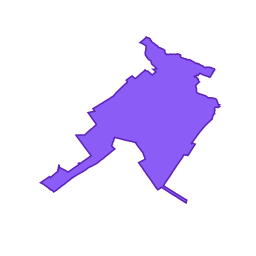 outline of Gheraesti, Neamt, Romania, rotated 168°
{"feature_id": "2599482B79916457112257", "entity_name": "Gheraesti", "entity_type": "district", "adm_level": 2, "iso_a3": "ROU", "parent_name": "Romania", "parent_adm1": "Neamt", "projection": "equal_earth", "projection_center": [26.813, 47.034], "detail": "fine", "context": "isolated", "style": "filled", "palette": "violet", "viewbox_px": 256, "rotation_deg": 168, "n_neighbors": 0, "source": "geoboundaries", "source_scale": "gbopen_adm2", "svg_char_len": 5639}
<svg xmlns="http://www.w3.org/2000/svg" viewBox="0 0 256 256"><g transform="rotate(168 128 128)"><path d="M158.3,154.2L157.1,151.7L157.0,151.3L163.9,151.4L161.8,146.5L161.4,145.4L158.7,139.4L158.6,139.1L158.6,138.9L158.5,138.4L158.3,137.8L163.7,134.8L164.3,134.6L164.8,134.4L170.8,130.8L171.7,130.1L180.3,131.9L180.3,131.4L169.8,108.5L179.7,104.3L182.3,103.2L183.1,104.0L183.9,103.6L183.2,102.7L187.5,100.8L190.3,99.7L192.7,98.6L195.8,97.4L195.9,97.5L196.3,97.7L197.2,98.7L197.7,99.0L197.9,99.4L198.1,99.6L201.7,102.4L203.1,103.7L203.3,104.1L203.3,104.7L203.0,105.3L203.0,105.5L203.4,105.9L203.8,104.8L204.1,104.2L204.3,104.0L204.9,103.7L203.7,104.2L204.7,101.7L205.1,101.4L205.3,101.6L205.3,101.4L205.4,100.7L205.7,100.2L214.4,95.6L214.8,96.8L225.0,92.7L222.3,90.4L217.2,84.8L217.4,84.5L215.7,83.0L215.0,82.9L214.6,82.0L214.0,80.9L210.4,82.2L210.0,82.5L206.7,84.1L205.1,84.9L201.3,86.6L198.7,88.0L195.4,89.5L194.1,90.3L192.7,90.8L192.8,90.9L189.8,91.9L187.2,92.9L180.3,95.0L178.9,95.6L177.6,96.0L176.3,96.8L174.3,97.6L171.6,98.2L166.3,99.7L164.5,100.5L162.5,101.6L162.2,101.7L161.0,102.3L159.1,103.1L155.8,104.9L154.0,105.8L153.6,106.0L151.2,107.2L149.8,107.9L149.3,108.2L149.2,108.3L148.6,108.7L148.1,108.8L145.2,110.2L146.2,111.7L147.7,113.7L146.3,116.3L144.0,119.9L143.5,121.0L143.2,121.2L143.0,121.5L141.3,120.7L136.2,118.3L134.7,117.4L126.1,113.5L125.3,113.0L124.3,112.6L123.8,112.4L123.1,112.0L123.5,111.4L123.3,111.0L121.7,107.3L120.0,103.7L119.6,102.7L118.4,100.7L118.4,98.9L118.1,97.5L117.8,95.7L117.7,94.6L117.6,94.0L117.7,93.9L117.8,93.8L122.7,92.5L124.8,91.9L123.0,87.7L122.9,87.6L122.7,87.3L121.9,85.0L121.4,83.8L121.2,83.2L121.0,82.8L120.5,81.9L119.3,78.8L119.0,78.2L118.8,77.6L118.6,77.3L116.2,71.8L114.4,67.3L113.6,65.2L113.4,64.8L112.5,62.8L111.7,61.4L109.5,62.1L107.3,63.1L106.7,62.1L105.3,60.7L104.6,60.1L102.0,57.5L100.9,56.4L99.8,55.3L99.1,54.6L98.5,54.0L94.6,50.4L92.9,48.5L92.4,48.2L91.4,47.1L90.0,45.7L89.4,45.3L88.7,44.4L88.2,43.9L87.1,43.0L86.7,42.7L85.9,44.6L85.5,45.3L89.3,48.7L91.4,50.8L95.1,54.2L95.8,55.0L100.5,59.5L105.3,64.2L103.4,66.3L96.4,72.8L94.3,75.1L92.4,77.0L89.7,79.5L87.8,81.5L86.9,82.2L84.9,84.2L82.1,86.7L80.6,88.2L79.7,89.4L78.9,90.2L77.1,89.4L76.9,89.5L75.3,88.7L74.9,89.5L74.4,89.2L71.6,92.2L65.6,98.2L66.7,98.8L67.1,99.1L67.9,100.0L68.2,100.1L68.7,99.6L69.7,99.1L67.8,100.9L65.8,102.7L62.0,106.2L57.0,110.5L52.6,113.8L51.5,114.6L49.3,115.9L48.9,116.2L46.3,117.8L45.0,118.5L44.9,118.6L44.7,118.8L44.0,119.0L43.8,119.9L43.3,120.5L42.8,121.4L42.5,122.3L41.2,123.5L40.8,123.8L40.2,124.0L40.3,124.7L40.2,125.7L40.0,126.3L39.6,126.6L39.5,126.9L39.3,127.0L39.2,127.2L39.4,127.5L39.3,127.8L39.3,128.1L39.3,129.2L39.3,129.4L39.2,129.5L38.1,130.0L37.6,130.0L37.1,129.9L36.5,129.5L35.9,129.4L35.5,129.5L35.3,129.5L35.2,129.4L34.9,129.6L34.3,129.8L33.7,129.9L34.2,130.7L34.5,131.8L34.0,131.9L34.8,132.3L34.9,132.7L35.1,133.5L35.0,134.3L35.2,135.4L35.5,137.6L36.0,138.1L37.4,139.0L39.3,139.9L41.4,140.5L42.4,140.7L43.1,140.9L43.6,141.3L45.2,143.1L45.8,143.6L49.2,145.6L51.0,146.5L52.0,147.3L52.9,148.0L53.3,148.8L53.3,149.9L52.8,152.5L53.1,155.4L50.3,157.3L48.6,158.2L49.1,158.7L49.1,159.5L49.1,160.4L49.1,161.3L49.4,161.4L49.6,161.6L49.9,162.5L50.5,163.4L50.7,163.5L50.8,163.7L51.2,163.8L51.8,163.9L52.0,164.0L52.5,164.1L52.5,164.3L52.2,164.9L51.8,164.8L51.2,164.7L50.7,164.9L49.8,165.2L49.3,165.2L48.9,165.3L48.6,164.8L47.3,165.9L47.0,165.9L46.6,166.5L46.1,166.5L44.5,165.1L42.5,163.9L42.4,163.7L41.7,163.2L40.6,162.7L39.2,161.8L38.9,161.8L38.6,161.6L38.5,161.3L38.1,161.0L37.2,160.6L36.9,161.0L36.2,161.5L35.6,162.4L34.6,163.3L34.2,163.9L33.6,164.1L33.6,164.7L32.9,165.4L31.3,166.5L31.0,166.8L31.3,167.9L32.1,168.4L33.0,168.8L33.8,169.7L35.0,170.1L35.8,170.5L37.2,170.9L38.8,171.0L39.0,171.1L39.1,171.3L39.7,171.1L40.1,171.1L40.4,171.1L40.7,171.3L41.3,172.5L41.7,172.9L42.1,173.3L43.8,174.4L44.3,174.8L45.0,175.7L45.5,175.9L46.1,176.1L46.3,176.3L46.6,176.8L47.6,177.0L48.4,177.3L48.8,177.7L49.5,178.4L50.1,179.2L50.4,179.3L50.8,179.7L51.5,180.1L53.2,181.8L53.5,182.0L54.1,182.2L54.5,182.3L55.3,182.2L55.4,182.3L56.2,182.7L56.4,183.0L56.5,183.2L56.6,183.4L57.0,183.4L57.6,183.8L58.4,184.2L59.8,185.1L61.2,185.9L61.5,186.2L61.6,186.4L61.8,186.9L61.9,187.5L61.5,187.9L61.3,188.2L61.4,188.5L61.6,188.7L62.7,189.4L63.3,189.9L64.0,190.2L64.4,190.2L65.9,190.1L67.0,190.4L67.5,190.6L69.4,190.8L70.3,191.1L70.5,191.3L70.9,191.5L72.6,191.4L73.4,191.5L73.7,191.8L74.2,192.0L75.2,191.7L75.3,191.9L75.3,192.2L75.7,193.0L76.2,194.3L76.1,194.7L76.0,195.4L75.9,196.3L76.3,196.8L76.9,197.5L78.8,198.8L78.9,199.0L79.5,199.5L80.5,200.0L81.1,200.2L81.5,200.5L81.9,201.8L82.6,202.7L82.9,202.8L83.5,203.4L84.8,205.3L85.6,205.8L86.5,206.9L86.9,207.7L87.1,208.6L87.5,209.0L87.8,209.3L87.7,209.5L87.6,209.9L87.6,210.2L87.9,210.7L88.6,211.2L88.8,211.4L88.9,211.8L89.1,211.9L90.3,212.0L90.9,213.1L91.2,213.3L92.9,211.9L98.5,209.0L97.6,208.5L96.2,207.5L94.0,205.3L93.5,204.6L93.4,203.7L94.6,200.0L95.4,198.6L95.6,198.1L95.8,195.6L93.9,191.2L93.1,190.1L91.7,189.1L91.6,188.7L91.7,188.0L91.7,186.8L91.3,185.3L90.3,184.0L89.5,183.1L88.0,180.5L87.6,180.1L89.9,180.0L90.9,180.0L91.2,180.1L89.0,177.1L92.0,175.5L92.2,175.4L93.3,174.9L95.6,177.9L96.9,179.6L97.0,179.7L97.9,179.7L98.2,179.9L99.3,181.3L99.4,181.2L99.9,180.8L100.6,180.2L103.3,178.9L106.2,177.2L109.4,175.4L109.6,175.3L110.2,175.2L111.0,174.9L113.2,178.1L119.7,175.2L119.8,175.1L119.8,174.9L119.4,174.4L119.2,174.0L119.1,173.7L119.2,172.9L120.6,172.1L126.3,168.7L130.7,165.9L131.2,165.7L134.4,163.2L135.1,162.8L135.4,162.4L136.4,162.1L139.7,160.7L146.1,158.5L148.6,157.5L149.7,157.2L154.1,155.6L158.3,154.2Z" fill="#8b5cf6" stroke="#5b21b6" stroke-width="1.5"/></g></svg>